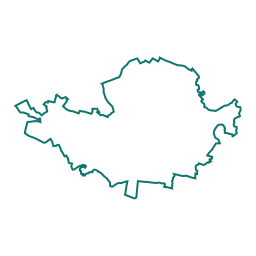 Voivodeni, Mures, Romania
{"feature_id": "2599482B38443104780555", "entity_name": "Voivodeni", "entity_type": "district", "adm_level": 2, "iso_a3": "ROU", "parent_name": "Romania", "parent_adm1": "Mures", "projection": "natural_earth1", "projection_center": [24.606, 46.712], "detail": "fine", "context": "isolated", "style": "outline", "palette": "teal", "viewbox_px": 256, "rotation_deg": 0, "n_neighbors": 0, "source": "geoboundaries", "source_scale": "gbopen_adm2", "svg_char_len": 5758}
<svg xmlns="http://www.w3.org/2000/svg" viewBox="0 0 256 256"><path d="M172.1,188.5L172.1,187.3L172.0,186.7L172.2,186.1L172.3,184.4L172.6,183.2L172.4,182.0L172.0,181.2L172.0,180.9L172.1,180.6L173.0,179.3L173.1,179.0L173.1,178.6L172.9,178.3L173.0,177.7L174.2,176.5L174.6,175.8L174.6,175.3L174.0,174.0L182.5,176.0L185.8,175.8L187.1,175.9L190.1,177.1L195.3,178.4L195.2,176.4L195.4,173.6L196.8,174.1L197.0,174.1L197.0,173.1L197.3,171.4L197.3,170.9L196.7,170.5L196.2,170.1L195.6,167.9L195.8,166.4L196.3,165.4L198.3,164.5L198.6,164.2L198.8,163.4L203.7,165.0L206.1,163.6L207.1,162.5L209.2,162.5L209.2,161.8L210.2,161.7L210.8,161.5L211.0,161.3L210.0,160.7L209.6,159.5L210.0,159.1L211.8,158.7L212.2,157.9L212.0,156.8L207.3,155.5L207.5,154.9L209.0,152.8L211.6,150.2L216.0,143.4L219.8,143.3L219.1,141.6L219.1,141.1L218.7,140.3L218.1,139.3L217.1,138.7L216.2,138.4L215.4,137.7L215.0,137.0L213.9,134.0L213.9,132.0L214.2,130.6L216.5,126.8L217.2,126.0L218.6,124.8L221.9,124.5L222.5,124.7L223.4,125.4L224.8,127.8L225.0,128.8L224.5,129.3L224.9,131.0L224.8,132.8L227.7,133.2L228.6,133.7L232.3,134.4L232.5,136.1L233.3,136.1L233.5,135.4L234.3,135.2L236.4,133.6L236.7,133.1L236.8,132.7L236.0,130.6L236.1,130.1L236.7,128.8L236.8,128.4L236.6,127.1L236.5,126.9L236.2,126.8L235.2,126.7L234.5,126.5L234.0,126.0L233.8,125.4L233.7,124.4L233.8,123.9L234.4,122.9L234.4,122.5L233.9,121.0L234.3,119.4L234.6,118.7L235.3,118.2L237.0,117.4L237.5,117.0L239.4,116.6L239.7,116.4L239.9,116.2L239.8,115.5L239.2,113.8L239.2,113.0L239.3,112.6L239.9,111.7L240.5,110.3L240.6,108.9L240.6,108.2L240.4,107.3L240.3,107.2L238.0,106.9L237.0,106.6L236.4,106.1L236.2,105.7L235.8,104.5L235.8,103.5L237.3,101.7L234.6,99.4L233.6,100.3L232.9,101.3L231.9,102.7L230.6,103.2L227.8,105.2L226.9,105.4L224.5,105.7L216.8,110.4L215.2,111.0L214.4,110.7L210.1,110.3L209.2,110.0L208.4,109.6L207.6,109.0L206.4,107.6L204.8,107.3L204.1,106.7L204.5,105.6L204.5,105.0L204.3,104.3L203.8,103.6L201.7,102.1L201.5,101.9L201.4,101.3L201.4,100.9L201.7,100.5L203.0,99.7L203.0,99.3L201.6,98.2L200.5,96.5L199.1,95.2L199.0,94.9L199.1,94.5L199.4,94.2L200.4,94.1L201.6,94.3L201.9,95.2L202.1,95.3L202.6,95.2L204.4,93.8L204.5,93.2L204.4,92.7L203.9,91.6L203.5,91.3L203.0,91.5L202.8,91.8L202.6,92.2L202.0,92.5L198.9,92.2L198.3,91.9L197.9,91.5L197.5,90.3L197.5,90.0L197.9,89.6L198.7,89.4L199.0,89.2L199.1,88.3L198.9,87.0L198.5,85.8L198.0,85.0L196.9,85.2L196.4,84.9L196.1,84.2L196.0,83.2L196.1,82.7L196.1,82.2L196.2,81.8L197.1,80.8L197.4,80.2L197.0,79.9L197.1,79.4L197.4,78.9L198.4,78.4L198.9,77.9L198.9,76.6L198.8,76.2L192.4,68.5L191.5,69.5L191.5,70.7L187.9,68.8L186.7,67.8L184.5,66.1L182.3,65.6L177.7,65.2L176.7,64.9L169.3,61.8L165.4,60.5L159.8,57.6L159.6,59.0L158.1,61.4L152.6,58.4L149.4,62.7L145.3,60.5L144.6,61.5L140.3,63.3L137.3,58.5L132.4,60.1L129.7,61.2L128.1,62.8L127.1,64.6L125.0,66.2L123.6,67.8L122.6,68.6L122.0,69.4L121.0,73.8L119.7,76.4L118.8,77.4L116.5,78.1L114.5,78.8L111.6,80.1L105.4,82.2L102.0,83.7L102.6,84.0L102.7,84.6L102.6,85.1L103.7,88.8L103.6,89.4L103.7,92.4L104.5,94.6L104.7,95.6L105.4,97.8L106.5,99.7L107.0,100.6L107.8,101.8L108.9,102.9L110.2,104.4L111.2,105.2L111.7,105.7L112.3,106.6L113.4,109.9L113.7,111.7L112.4,112.6L111.7,112.9L110.8,114.0L110.2,114.5L107.7,116.0L107.7,117.0L106.6,116.6L102.8,114.9L102.5,114.8L101.9,114.8L100.8,115.3L99.6,114.5L98.3,113.1L97.1,112.2L97.3,112.0L97.9,111.9L98.4,112.0L99.1,112.4L99.3,112.3L98.7,111.4L98.0,110.8L97.4,109.6L97.3,109.1L97.2,108.7L92.4,108.9L92.4,111.8L92.2,112.7L91.2,113.8L83.6,111.4L82.2,111.5L79.8,110.8L79.0,112.4L78.7,113.4L77.2,112.8L76.6,112.7L76.0,112.4L74.6,112.0L73.5,111.4L72.5,111.2L71.5,111.2L68.2,110.3L65.8,108.8L63.0,106.3L67.0,100.9L67.1,100.2L66.7,99.7L67.9,99.1L66.0,97.3L65.6,97.1L62.7,98.3L62.0,98.4L61.4,98.2L61.0,98.1L58.8,96.3L56.9,95.1L56.9,94.9L56.4,95.1L56.0,95.5L55.8,97.8L55.4,98.6L54.5,102.3L52.5,102.1L48.2,101.0L47.9,102.5L46.2,102.2L45.3,102.4L44.2,103.8L43.7,104.3L45.7,105.9L46.3,106.1L46.5,106.5L46.0,106.6L46.0,106.8L46.3,107.4L47.2,111.5L44.3,113.1L41.7,115.4L39.3,112.9L38.4,112.6L37.2,112.6L36.5,112.3L35.7,111.5L35.1,110.7L33.4,107.9L31.1,109.1L28.4,104.0L27.5,101.9L26.6,100.2L24.3,101.2L15.4,105.8L16.0,106.7L16.4,106.9L20.1,112.3L23.6,112.6L28.6,114.3L28.4,116.0L30.6,116.6L33.5,117.2L37.7,119.2L38.3,119.3L39.9,118.4L40.1,118.6L40.4,122.1L38.1,121.2L36.8,121.1L34.9,121.1L30.9,121.7L27.5,122.0L25.6,129.0L24.8,133.2L25.7,133.6L27.2,134.9L29.3,136.1L34.6,138.0L39.4,140.4L43.2,142.5L43.8,142.7L44.3,142.8L45.9,142.3L49.9,139.2L50.5,138.9L51.8,140.9L53.2,145.0L53.4,146.1L56.5,145.7L56.7,145.2L58.8,144.8L59.8,146.8L61.5,151.3L62.3,152.1L64.5,156.3L64.8,156.5L66.1,155.6L68.3,158.8L67.9,159.5L68.5,160.8L68.7,162.8L72.1,163.6L71.4,165.6L71.4,166.7L72.2,168.9L72.8,169.7L73.6,169.5L75.3,168.8L76.9,167.6L78.6,166.5L80.4,165.9L82.5,165.0L83.0,164.9L84.0,165.0L84.9,165.4L85.9,166.1L86.0,166.3L85.1,167.7L83.4,166.7L82.6,167.1L81.1,167.2L80.6,167.5L80.5,168.2L79.7,169.1L79.9,170.4L80.6,171.2L81.0,171.2L81.1,172.2L80.9,173.0L81.0,173.7L81.5,173.9L83.1,173.8L83.5,174.0L83.6,174.4L82.8,174.8L82.5,175.1L82.6,175.4L84.0,175.6L84.8,175.5L86.1,173.7L86.5,173.5L88.2,173.4L88.3,173.1L88.6,172.7L89.2,172.6L89.6,172.3L90.4,172.0L92.4,172.2L92.6,171.7L92.8,170.6L93.3,170.3L93.7,169.9L94.5,169.6L95.6,169.8L97.0,170.5L97.9,171.1L98.4,171.5L98.5,171.9L98.7,172.0L99.5,172.1L100.8,173.0L102.2,174.2L104.3,176.4L106.6,178.2L107.4,179.0L108.1,180.2L110.0,182.5L110.1,184.7L110.2,186.1L112.1,186.7L112.9,186.4L115.3,184.7L117.4,183.4L118.5,183.1L121.6,183.0L123.9,182.1L127.4,181.3L127.1,182.6L126.0,188.9L125.1,194.8L134.2,198.4L136.3,197.6L137.9,181.2L148.9,182.2L155.6,183.0L159.3,182.6L161.6,183.4L164.2,183.4L164.6,183.5L165.0,184.9L164.2,186.8L166.4,187.2L166.6,187.0L172.1,188.5Z" fill="none" stroke="#0f766e" stroke-width="2"/></svg>